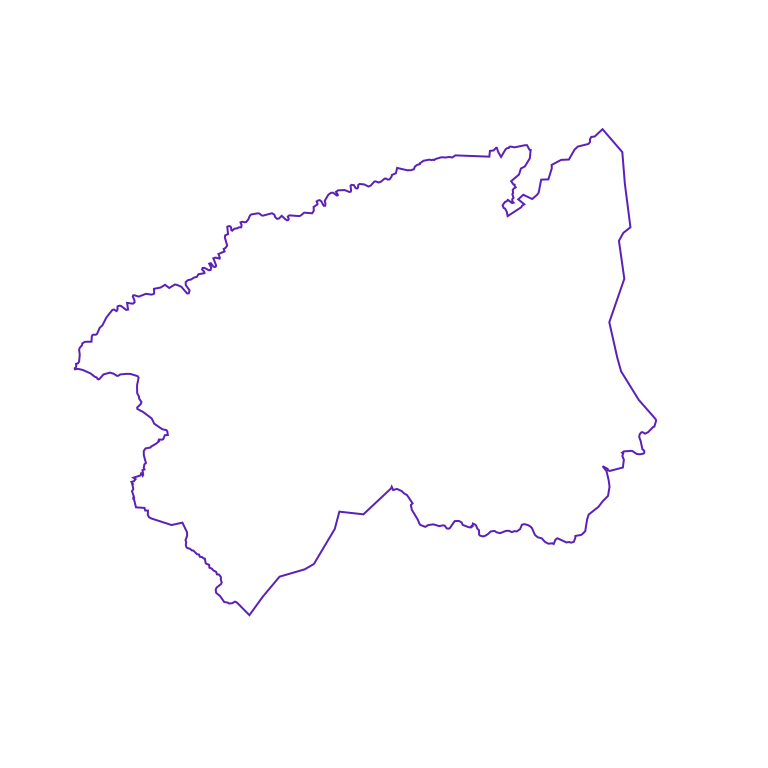 Gabriel Zamora, Michoacán, Mexico (Albers equal-area conic projection), rotated 74°
{"feature_id": "50627088B34750510771659", "entity_name": "Gabriel Zamora", "entity_type": "district", "adm_level": 2, "iso_a3": "MEX", "parent_name": "Mexico", "parent_adm1": "Michoacán", "projection": "albers", "projection_center": [-102.041, 19.155], "detail": "fine", "context": "isolated", "style": "outline", "palette": "violet", "viewbox_px": 768, "rotation_deg": 74, "n_neighbors": 0, "source": "geoboundaries", "source_scale": "gbopen_adm2", "svg_char_len": 6163}
<svg xmlns="http://www.w3.org/2000/svg" viewBox="0 0 768 768"><g transform="rotate(74 384 384)"><path d="M569.1,577.1L555.0,559.1L540.4,537.5L540.3,511.3L537.7,501.0L509.8,471.3L494.4,462.1L503.6,439.7L486.3,406.0L484.9,404.9L488.5,404.4L488.4,400.5L491.8,396.5L494.8,394.8L497.1,392.5L506.6,389.4L507.8,391.6L512.7,391.9L523.8,388.9L527.9,388.5L529.5,387.9L532.7,383.7L531.8,380.4L532.5,375.3L535.8,370.1L536.2,366.0L536.9,364.7L540.1,363.5L540.8,362.1L540.8,360.6L535.3,353.9L536.2,349.9L538.4,347.6L541.1,347.2L545.0,342.1L545.9,339.9L545.3,338.5L544.9,339.3L543.7,337.3L542.7,337.0L543.9,335.5L545.4,334.5L548.7,334.2L550.8,333.0L555.0,334.1L556.1,333.6L557.7,331.1L557.9,329.1L557.0,325.6L555.2,322.2L555.6,318.4L557.7,316.5L559.4,313.5L558.8,307.2L559.5,304.4L561.6,302.0L561.4,299.3L562.3,297.1L561.0,293.2L557.3,290.2L557.4,287.7L559.3,284.5L561.3,282.6L563.4,281.5L570.7,280.5L573.7,278.5L575.8,274.9L580.3,272.7L582.8,270.0L583.6,266.0L584.6,265.0L580.9,262.1L580.1,259.8L586.5,252.4L587.0,249.5L588.1,247.8L588.0,245.0L584.9,242.7L582.8,241.9L583.4,236.5L583.0,234.8L580.9,231.1L570.0,226.0L565.9,223.2L561.2,211.7L557.0,206.1L553.3,199.5L544.9,195.5L538.7,194.6L529.2,194.1L523.3,196.5L527.1,192.5L528.7,192.3L529.8,191.1L530.1,177.4L522.9,174.3L518.9,174.7L516.5,173.1L515.7,174.0L514.9,172.0L516.6,164.0L520.9,160.3L522.2,157.2L522.4,153.5L521.7,152.7L519.7,152.3L518.0,153.6L509.7,153.0L505.4,153.3L503.0,152.2L501.5,150.4L501.5,148.9L503.7,146.7L503.1,143.4L499.5,137.1L499.5,135.9L494.4,132.6L492.8,132.5L469.5,143.5L437.2,152.6L422.8,152.5L386.7,150.4L349.1,124.0L311.1,118.7L304.7,112.3L301.3,103.9L258.0,97.3L226.8,91.0L199.3,103.7L204.2,113.3L203.6,116.6L205.6,118.6L208.2,119.3L209.6,121.4L209.2,132.2L211.1,136.1L219.2,144.4L217.4,151.9L219.6,162.4L223.0,163.3L232.6,169.6L230.9,176.6L242.9,182.7L244.7,185.4L247.0,190.6L240.5,197.9L243.5,204.1L249.9,199.6L250.7,202.1L251.9,203.3L256.7,218.9L252.2,218.5L248.7,219.3L247.8,220.4L245.0,220.8L242.3,217.5L242.2,215.8L241.1,214.2L245.4,211.0L245.4,209.5L243.7,210.3L241.6,209.7L240.8,208.2L236.9,208.3L236.0,207.2L233.0,206.8L231.9,205.4L231.3,203.2L228.7,204.0L228.3,203.6L227.6,204.7L224.1,205.9L219.8,196.4L214.6,193.0L213.7,188.6L207.2,181.6L199.4,178.5L198.9,179.6L193.9,180.7L193.3,182.8L192.5,193.2L190.6,197.1L190.6,198.2L191.5,198.9L191.3,201.0L192.0,202.5L198.0,208.9L192.4,210.3L188.2,210.4L187.8,211.0L189.7,214.3L189.1,217.9L194.5,220.1L183.9,252.4L185.1,255.9L183.8,258.5L183.2,262.6L181.9,266.2L181.9,272.3L182.6,274.2L181.9,274.9L181.9,276.4L180.8,278.8L180.3,284.4L181.7,288.6L182.5,288.9L182.5,291.7L183.4,294.2L185.8,296.1L185.9,299.1L185.0,302.7L179.9,311.8L184.7,314.5L185.2,318.7L186.9,319.7L188.8,322.2L188.7,323.8L187.1,325.4L186.7,326.8L188.6,331.0L188.9,333.5L186.9,336.3L186.7,337.4L189.6,342.1L189.9,344.5L186.7,348.0L185.0,352.3L185.7,354.0L188.1,354.8L188.7,356.1L187.9,357.3L184.6,358.1L183.6,360.4L184.2,361.5L189.1,362.3L190.0,363.1L189.8,364.4L186.7,368.4L185.2,374.8L186.0,377.2L189.2,376.2L189.8,376.4L189.9,377.3L186.1,380.2L185.6,382.2L186.7,385.3L191.6,390.5L194.7,390.6L196.4,391.5L196.0,392.9L191.1,393.9L189.6,395.1L189.4,396.5L189.9,398.4L192.5,398.2L193.1,398.7L194.4,402.8L198.2,403.8L200.1,406.0L197.3,413.5L199.1,417.5L199.2,419.3L195.8,428.5L196.5,430.3L199.1,430.1L200.0,431.0L199.9,432.1L198.7,433.2L194.1,436.0L195.9,439.2L195.8,441.3L193.5,442.6L191.0,442.7L189.0,444.6L188.8,454.0L188.1,455.3L186.0,456.6L185.2,458.1L184.4,465.0L185.2,466.5L188.3,469.0L190.3,471.8L190.0,473.6L188.9,475.8L189.1,477.4L192.0,477.1L194.0,478.1L193.4,480.5L193.9,482.2L193.5,485.1L194.8,487.7L193.8,488.4L191.5,487.8L190.2,488.2L189.4,489.8L189.6,491.3L196.9,492.6L197.3,495.6L199.3,496.6L207.6,496.6L209.4,498.6L210.0,500.9L212.6,500.7L213.4,507.3L217.4,507.0L218.2,507.5L216.1,511.0L216.1,513.4L223.6,512.7L224.8,513.4L224.9,514.4L224.1,515.6L220.1,517.2L220.1,518.9L224.5,518.0L226.6,519.2L226.4,521.0L222.8,524.7L222.5,526.4L223.8,527.3L226.5,525.9L228.0,526.1L227.3,532.0L229.4,534.4L229.4,537.7L230.4,540.7L230.1,543.6L231.3,546.5L234.3,547.3L240.5,545.1L243.0,546.7L242.7,548.3L234.7,552.0L231.8,555.5L230.7,557.6L232.5,564.0L228.3,567.1L229.7,572.1L229.1,578.9L233.1,579.8L234.0,580.5L234.0,582.8L231.7,588.0L232.4,595.7L229.9,599.4L229.7,600.8L230.8,601.4L234.3,600.8L236.7,601.2L237.6,603.3L235.2,608.6L241.9,609.5L241.7,611.4L236.4,615.3L235.8,616.8L235.9,618.7L239.2,619.8L240.2,621.0L238.0,623.0L237.9,624.7L243.6,632.6L250.0,638.5L251.6,641.8L256.8,646.1L257.2,647.4L256.5,649.7L256.7,650.9L257.8,651.8L262.7,653.5L261.0,659.9L261.9,662.9L263.5,663.6L265.3,666.4L266.9,667.6L272.0,668.4L278.4,670.9L279.7,672.4L279.8,674.5L281.7,674.8L283.2,675.7L283.6,677.0L284.7,677.0L285.1,673.9L287.6,669.5L293.0,663.1L297.4,660.0L298.6,658.3L300.3,657.9L300.9,657.1L300.7,656.0L297.5,651.1L297.5,644.3L299.8,640.8L302.6,638.4L302.8,636.9L302.1,635.0L303.2,629.0L304.4,625.0L308.6,618.6L310.4,618.2L317.1,621.7L324.7,623.8L328.6,623.0L330.5,623.4L334.5,622.1L336.3,623.5L338.5,627.7L340.0,628.0L344.6,623.2L353.1,616.8L358.8,615.8L366.3,609.7L368.4,605.8L370.0,605.4L373.5,605.9L372.8,608.8L376.2,611.4L376.3,613.0L375.3,615.6L376.1,616.3L377.0,616.0L378.6,619.6L379.9,625.0L380.7,625.9L380.2,631.0L382.2,633.4L386.2,634.5L394.3,634.6L395.2,636.5L398.4,638.1L400.1,637.8L400.2,639.9L405.0,640.5L405.6,641.2L403.8,641.3L402.9,642.0L404.8,643.4L405.0,650.7L407.0,649.0L408.5,651.3L408.5,653.8L410.6,653.1L410.5,653.6L415.0,653.8L416.1,654.1L417.6,655.8L423.7,655.5L424.0,656.1L424.7,655.7L425.3,656.6L425.8,656.1L434.2,656.4L437.1,648.4L439.8,648.4L440.6,645.8L444.7,647.1L447.2,646.6L449.0,644.9L461.0,627.1L461.7,616.0L472.3,614.2L475.7,615.1L479.3,617.8L481.8,617.8L484.1,618.9L486.2,618.9L487.5,618.3L488.8,616.0L491.1,614.5L491.5,613.2L496.0,610.7L497.0,608.8L499.3,608.7L500.4,606.4L502.0,605.5L502.5,604.3L506.9,604.8L507.9,604.3L509.6,601.9L512.4,602.5L514.1,600.3L515.9,599.6L518.4,597.1L520.9,597.1L521.8,595.0L524.8,594.0L527.1,594.8L530.1,594.7L531.5,596.0L533.5,601.0L535.3,602.5L538.5,602.9L542.5,600.1L549.5,597.7L551.1,594.4L552.3,593.5L552.9,590.4L552.1,587.3L553.4,585.7L569.1,577.1Z" fill="none" stroke="#5b21b6" stroke-width="2"/></g></svg>